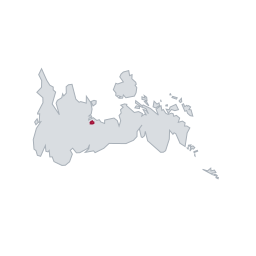 where Wigan sits in United Kingdom, rotated 107°
{"feature_id": "GBR-5677", "entity_name": "Wigan", "entity_type": "Metropolitan Borough", "adm_level": 1, "iso_a3": "GBR", "parent_name": "United Kingdom", "parent_adm1": "", "projection": "orthographic", "projection_center": [-2.617, 53.524], "detail": "fine", "context": "in_parent", "style": "filled", "palette": "rose", "viewbox_px": 256, "rotation_deg": 107, "n_neighbors": 0, "source": "natural_earth", "source_scale": "10m", "svg_char_len": 3956}
<svg xmlns="http://www.w3.org/2000/svg" viewBox="0 0 256 256"><g transform="rotate(107 128 128)"><path d="M135.4,197.5L125.3,204.0L122.2,203.6L118.4,200.2L114.4,200.5L116.1,198.8L112.7,197.2L106.6,199.2L104.1,197.6L102.6,194.3L115.7,186.3L117.7,182.3L116.6,181.0L116.4,175.2L109.8,177.1L114.7,170.9L120.4,167.9L125.3,167.3L127.9,168.9L127.1,166.4L128.3,165.8L129.9,168.1L131.8,168.0L128.3,164.2L129.9,160.0L128.5,157.9L130.2,155.7L130.5,151.7L127.2,152.6L122.6,144.3L124.1,140.4L128.8,137.1L123.2,137.1L118.7,140.2L115.6,138.9L112.7,140.5L109.5,138.7L108.3,141.6L106.0,138.4L105.7,136.0L107.0,136.0L111.3,126.5L109.2,122.7L110.0,118.4L112.6,118.3L109.9,116.1L110.4,114.1L105.9,119.0L105.9,115.7L108.4,112.6L104.2,116.5L104.0,121.2L101.9,128.2L99.6,128.6L102.8,120.5L101.5,120.3L102.8,112.1L106.8,102.7L101.8,106.7L97.0,103.0L101.3,100.7L100.0,99.7L102.9,96.1L103.3,93.6L101.1,90.8L101.1,89.1L103.4,87.7L101.8,85.4L103.4,81.5L107.9,81.6L105.5,78.0L106.4,74.9L109.6,74.5L108.9,72.2L109.8,68.9L115.4,70.0L129.0,68.0L127.4,73.8L119.6,80.5L119.1,82.5L120.9,83.2L118.0,87.6L126.5,85.3L138.7,85.4L140.8,87.1L141.7,89.7L134.5,105.5L126.1,110.5L130.5,109.9L132.9,111.4L132.7,112.7L125.4,116.9L121.0,115.5L128.7,118.3L133.5,116.9L138.2,119.2L143.5,125.4L148.3,141.6L154.5,145.2L161.2,152.3L159.9,154.2L163.8,161.8L159.4,159.5L155.1,159.9L159.1,160.4L165.7,166.9L166.8,170.1L163.5,175.0L166.2,176.7L169.2,173.6L177.3,174.0L181.9,177.0L183.1,180.2L181.8,188.9L177.8,192.0L178.5,194.3L172.5,196.8L174.2,197.5L174.3,199.7L168.9,201.9L180.6,203.3L180.6,206.7L176.5,209.4L175.7,211.7L166.8,215.2L155.1,215.5L147.5,213.2L148.5,214.6L140.3,216.6L141.1,218.4L140.2,218.8L128.7,216.7L123.9,218.3L120.5,225.6L114.4,222.6L107.9,224.4L103.1,229.0L96.6,228.0L106.1,219.7L109.9,215.3L110.7,211.5L113.4,210.7L114.8,207.7L127.2,207.5L135.4,197.5ZM95.7,153.2L88.8,152.7L88.9,150.7L85.3,145.9L81.5,150.8L78.4,150.4L75.8,148.8L72.9,144.1L77.4,141.8L75.8,139.7L79.8,138.7L82.0,134.0L83.8,132.9L85.0,133.8L86.8,131.4L91.9,130.6L95.6,131.2L99.7,138.9L97.8,142.1L101.0,141.9L102.1,145.0L101.9,146.1L100.0,144.0L100.0,147.1L101.1,147.4L100.5,149.2L98.0,149.8L95.7,153.2ZM98.0,72.2L96.5,75.4L94.2,77.0L95.4,78.5L89.8,83.2L88.6,82.0L91.0,80.0L89.1,78.4L89.8,77.6L88.9,76.7L89.6,74.3L92.6,75.1L92.2,73.0L97.7,69.5L98.0,72.2ZM97.7,88.3L97.6,91.9L102.2,93.7L98.8,97.0L98.5,94.0L95.6,93.8L91.4,89.1L95.7,85.1L97.7,88.3ZM144.8,30.9L146.8,34.5L147.8,34.0L145.7,44.6L145.7,39.4L142.2,37.1L144.8,36.1L143.0,33.1L144.8,30.9ZM100.4,110.2L94.7,110.9L96.7,107.3L94.9,105.7L97.3,104.4L100.7,107.5L100.4,110.2ZM114.2,165.7L117.2,167.9L113.5,171.1L111.5,168.6L111.4,166.3L114.2,165.7ZM96.3,117.8L96.5,123.0L94.1,123.8L94.3,120.5L92.2,122.0L93.2,119.1L96.3,117.8ZM129.1,59.3L128.9,61.0L131.9,62.0L127.9,62.6L126.1,60.7L127.2,58.4L129.1,59.3ZM106.7,127.3L104.4,126.6L104.1,123.1L106.1,122.7L106.7,127.3ZM151.8,217.0L149.6,219.0L145.8,217.6L148.8,215.5L151.8,217.0ZM97.9,120.1L96.9,118.5L100.7,114.5L99.9,116.6L97.9,120.1ZM87.2,84.3L88.3,85.5L87.2,87.1L84.0,85.6L87.2,84.3ZM86.0,94.9L84.7,94.6L84.7,89.8L86.2,90.1L86.0,94.9ZM147.9,32.7L146.7,31.0L147.3,28.8L148.2,29.4L147.9,32.7ZM132.2,57.6L131.4,58.1L129.1,55.1L129.8,54.6L132.2,57.6ZM127.9,65.0L126.8,65.2L125.7,62.8L126.9,62.9L127.9,65.0ZM150.2,27.0L149.8,29.4L148.9,29.2L148.9,27.1L150.2,27.0ZM135.1,56.1L132.8,56.8L135.3,55.6L135.1,56.1ZM95.8,98.3L95.1,98.5L94.2,97.2L95.4,96.7L95.8,98.3ZM130.6,64.4L129.8,65.7L129.2,64.4L130.6,64.4ZM92.8,104.5L91.4,105.1L93.3,103.8L92.8,104.5ZM84.1,97.6L83.2,97.8L82.8,97.4L83.8,96.6L84.1,97.6Z" fill="#d9dde1" stroke="#a8b0b8" stroke-width="1"/><path d="M132.5,165.0L131.8,164.2L132.2,163.9L132.3,163.5L132.4,163.3L132.4,163.0L132.5,162.5L133.1,162.4L133.2,162.6L133.3,162.6L133.6,162.3L133.9,162.6L134.4,163.4L134.5,163.7L134.6,164.1L134.8,165.1L134.3,165.1L134.2,165.4L133.8,165.6L133.7,165.4L133.5,165.2L133.4,164.9L132.9,164.9L132.6,164.8L132.5,165.0Z" fill="#f43f5e" stroke="#9f1239" stroke-width="1.5"/></g></svg>